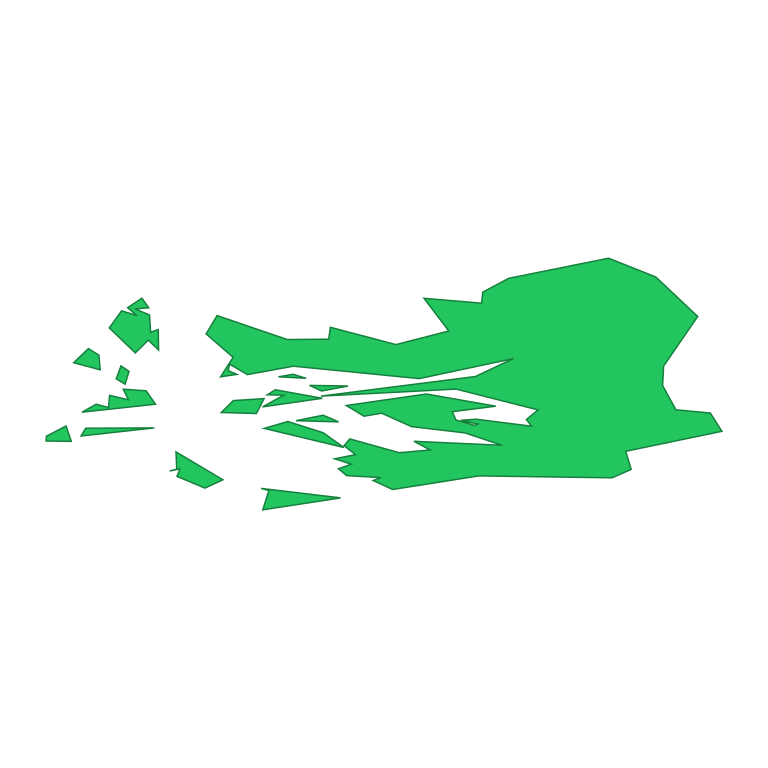 Flora nor, Sogn og Fjordane, Norway
{"feature_id": "86288312B31787825848012", "entity_name": "Flora nor", "entity_type": "district", "adm_level": 2, "iso_a3": "NOR", "parent_name": "Norway", "parent_adm1": "Sogn og Fjordane", "projection": "robinson", "projection_center": [5.064, 61.619], "detail": "medium", "context": "isolated", "style": "filled", "palette": "green", "viewbox_px": 768, "rotation_deg": 0, "n_neighbors": 0, "source": "geoboundaries", "source_scale": "gbopen_adm2", "svg_char_len": 1921}
<svg xmlns="http://www.w3.org/2000/svg" viewBox="0 0 768 768"><path d="M217.1,315.6L206.1,333.9L233.1,357.3L220.6,376.8L236.8,374.4L228.1,370.6L229.7,364.2L247.4,374.6L293.3,366.2L419.2,378.6L513.4,358.6L475.4,376.5L320.9,396.1L456.0,389.1L538.1,409.9L526.4,419.5L531.5,426.2L476.0,419.2L460.8,420.3L477.8,424.0L474.7,425.4L455.9,420.0L452.3,411.7L495.8,406.2L426.4,394.0L346.3,405.5L364.0,416.2L381.7,413.2L411.4,426.6L465.0,432.9L502.0,445.3L414.0,441.3L430.2,450.0L399.2,452.7L349.8,438.9L344.1,445.7L355.5,454.6L334.7,458.8L351.3,464.2L338.5,468.7L346.6,475.6L380.8,477.6L373.2,480.5L392.6,489.5L478.8,475.9L612.1,477.8L631.2,469.4L625.7,451.3L721.9,431.3L710.3,413.0L675.9,409.8L662.6,385.5L663.6,366.1L697.7,316.5L655.8,277.0L608.5,258.2L508.8,278.3L482.8,292.1L481.6,303.2L424.0,298.3L448.8,331.0L395.9,344.6L330.4,327.3L328.7,339.2L287.2,339.5L217.1,315.6ZM141.9,298.2L127.6,307.7L136.9,315.6L121.6,310.8L109.3,327.9L135.3,352.9L148.3,340.1L158.6,350.0L158.2,329.6L150.6,332.1L149.5,315.0L135.0,308.9L148.7,307.8L141.9,298.2ZM287.8,421.5L264.2,428.4L343.9,447.5L323.1,432.7L287.8,421.5ZM340.6,497.9L261.0,488.4L268.9,490.5L262.8,509.8L340.6,497.9ZM123.3,389.2L128.4,399.8L109.6,395.4L108.5,407.5L96.2,404.2L82.0,412.2L155.5,404.2L146.1,390.8L123.3,389.2ZM176.0,451.9L176.7,469.2L169.6,471.0L180.0,468.9L177.0,476.4L204.9,488.1L222.9,479.8L176.0,451.9ZM275.3,389.8L267.3,394.8L283.8,395.2L262.5,406.9L322.4,398.3L275.3,389.8ZM154.4,427.9L85.8,428.2L81.0,436.0L154.4,427.9ZM233.3,400.6L221.3,412.5L256.4,413.5L264.1,398.6L233.3,400.6ZM88.4,348.6L73.7,362.7L100.2,369.8L98.9,355.1L88.4,348.6ZM66.1,426.0L46.4,436.2L46.1,441.0L71.3,441.4L66.1,426.0ZM323.2,415.2L296.0,420.7L338.6,421.9L323.2,415.2ZM293.0,374.3L278.4,376.8L306.2,378.3L293.0,374.3ZM121.0,365.9L116.2,378.8L125.1,384.2L129.0,371.4L121.0,365.9ZM348.0,386.0L309.5,385.4L321.7,391.0L348.0,386.0Z" fill="#22c55e" stroke="#15803d" stroke-width="1.5"/></svg>